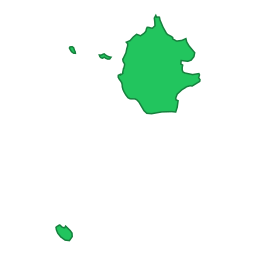 the border of Trapani
{"feature_id": "ITA-5409", "entity_name": "Trapani", "entity_type": "Province", "adm_level": 1, "iso_a3": "ITA", "parent_name": "Italy", "parent_adm1": "", "projection": "mercator", "projection_center": [12.517, 37.467], "detail": "fine", "context": "isolated", "style": "filled", "palette": "green", "viewbox_px": 256, "rotation_deg": 0, "n_neighbors": 0, "source": "natural_earth", "source_scale": "10m", "svg_char_len": 1759}
<svg xmlns="http://www.w3.org/2000/svg" viewBox="0 0 256 256"><path d="M175.7,112.0L171.8,111.6L161.8,111.9L151.6,113.7L146.8,113.3L144.0,110.7L138.9,102.0L136.8,99.8L135.0,98.9L130.1,98.8L128.0,97.7L125.9,95.0L124.1,91.9L122.9,89.3L122.3,86.9L122.2,84.9L121.8,83.0L120.8,81.2L119.4,79.4L118.2,77.2L118.3,75.3L120.4,74.3L120.6,74.9L122.3,73.8L122.9,73.2L122.7,72.7L123.5,68.4L123.8,68.3L124.5,65.4L124.6,64.1L124.3,63.4L123.2,61.6L122.9,60.2L122.8,59.1L123.2,58.6L126.0,52.7L126.8,48.6L127.6,46.0L127.7,43.8L126.3,42.2L130.1,40.6L133.3,37.0L136.6,34.3L140.6,35.8L144.3,33.1L145.9,31.2L146.5,28.7L147.2,27.3L148.9,27.4L150.8,28.0L152.4,28.2L155.0,25.8L154.8,22.0L154.3,18.1L155.8,15.4L156.5,17.2L157.9,17.0L159.4,17.2L160.0,20.1L163.0,27.2L166.4,33.3L167.7,34.6L171.2,36.4L172.7,37.5L172.7,38.9L176.6,41.1L181.9,40.4L185.9,38.6L186.7,42.0L189.0,45.9L194.7,52.7L193.9,56.7L191.2,60.1L187.8,61.3L181.2,60.5L180.8,63.9L182.7,65.1L182.2,67.5L182.2,70.0L183.0,72.0L184.9,73.0L192.6,74.6L198.9,73.6L199.5,74.9L198.6,77.7L200.0,79.7L199.7,81.4L192.2,86.0L190.5,85.8L190.3,85.7L186.7,86.7L181.7,89.9L177.2,94.1L175.7,98.1L176.1,99.9L178.1,100.7L177.2,107.3L175.7,112.0ZM65.6,226.1L70.2,230.6L72.0,233.1L72.2,236.6L69.4,240.6L65.1,240.1L60.8,237.0L57.9,233.4L57.4,232.3L56.4,229.8L56.0,227.3L57.5,226.1L58.1,225.9L59.0,225.2L59.6,225.0L60.4,225.4L61.6,226.8L62.1,227.1L63.2,227.5L64.1,227.9L64.7,227.7L65.6,226.1ZM99.3,55.0L101.0,55.1L102.2,54.7L103.2,54.1L104.3,53.9L105.2,54.8L107.1,56.0L109.3,56.9L111.0,57.2L109.7,59.0L107.8,59.1L105.8,58.3L104.3,57.2L102.5,58.2L101.1,57.8L99.9,56.6L99.3,55.0ZM74.5,50.5L75.2,51.8L75.4,53.3L73.6,53.2L71.5,51.7L70.2,49.6L69.4,48.0L70.0,46.9L72.2,46.7L73.6,47.7L74.5,50.5Z" fill="#22c55e" stroke="#15803d" stroke-width="1.5"/></svg>